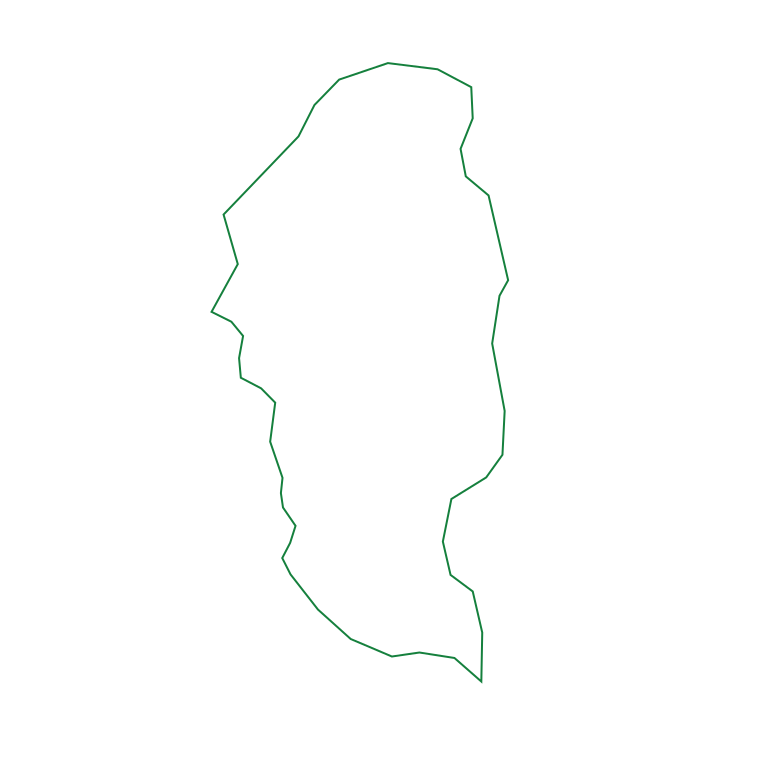 map outline of Otuke (Robinson projection), rotated 257°
{"feature_id": "UGA-5607", "entity_name": "Otuke", "entity_type": "District", "adm_level": 1, "iso_a3": "UGA", "parent_name": "Uganda", "parent_adm1": "", "projection": "robinson", "projection_center": [33.299, 2.481], "detail": "fine", "context": "isolated", "style": "outline", "palette": "green", "viewbox_px": 768, "rotation_deg": 257, "n_neighbors": 0, "source": "natural_earth", "source_scale": "10m", "svg_char_len": 705}
<svg xmlns="http://www.w3.org/2000/svg" viewBox="0 0 768 768"><g transform="rotate(257 384 384)"><path d="M116.7,330.4L143.0,294.2L179.1,268.9L219.5,250.1L237.3,245.7L250.3,256.8L265.7,265.9L286.4,257.8L300.9,259.0L315.4,264.0L353.4,260.1L390.3,273.8L407.4,263.3L422.3,245.9L441.8,248.6L462.5,257.5L479.0,249.3L493.1,232.2L533.7,268.5L585.2,265.8L644.5,356.4L671.5,379.0L690.7,408.8L695.8,460.0L678.6,507.0L653.6,535.8L622.9,530.2L595.9,511.5L567.9,510.4L544.2,528.3L457.2,528.3L444.0,516.4L399.1,498.5L330.6,495.5L288.4,483.5L270.0,462.6L256.8,423.8L217.2,405.9L183.0,405.9L161.9,423.8L119.7,423.8L72.2,411.9L101.2,391.0L114.4,358.1L116.7,330.4Z" fill="none" stroke="#15803d" stroke-width="2"/></g></svg>